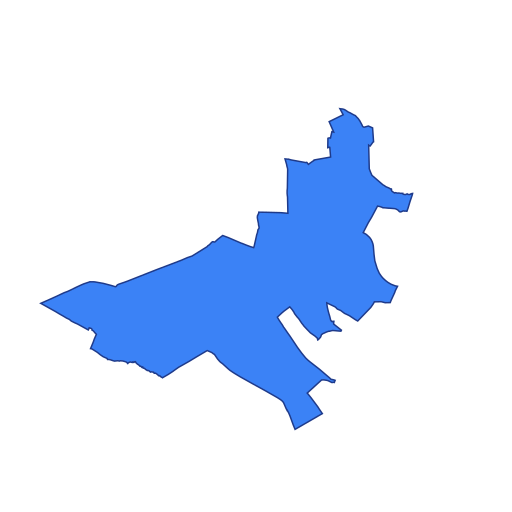 Romanesti, Iasi, Romania (Natural Earth projection), rotated 306°
{"feature_id": "2599482B96915203273112", "entity_name": "Romanesti", "entity_type": "district", "adm_level": 2, "iso_a3": "ROU", "parent_name": "Romania", "parent_adm1": "Iasi", "projection": "natural_earth1", "projection_center": [27.339, 47.277], "detail": "fine", "context": "isolated", "style": "filled", "palette": "blue", "viewbox_px": 512, "rotation_deg": 306, "n_neighbors": 0, "source": "geoboundaries", "source_scale": "gbopen_adm2", "svg_char_len": 6037}
<svg xmlns="http://www.w3.org/2000/svg" viewBox="0 0 512 512"><g transform="rotate(306 256 256)"><path d="M398.7,345.9L398.4,345.5L397.5,345.1L397.4,344.8L396.9,344.8L396.1,344.2L395.5,343.3L395.2,342.8L395.1,342.6L395.0,342.0L395.1,341.7L394.2,341.3L393.5,340.7L392.7,339.3L392.6,338.8L392.6,338.4L393.0,337.9L392.5,337.5L392.3,336.9L391.7,336.2L391.1,334.9L390.9,334.5L390.2,333.8L389.1,331.4L388.4,331.0L388.3,328.1L388.8,326.8L389.7,326.4L389.8,326.0L389.3,325.3L389.2,323.7L388.4,320.4L388.4,318.5L388.2,316.9L389.4,302.4L390.9,299.8L393.1,296.4L411.9,282.0L411.9,282.9L412.1,283.7L416.9,283.7L417.5,284.0L428.2,275.0L427.2,270.5L423.9,267.9L423.6,267.4L423.5,266.8L423.6,265.9L424.3,264.8L426.6,260.0L426.8,259.0L427.1,258.4L427.3,257.6L427.6,255.7L428.0,253.9L427.6,251.9L427.1,247.7L426.7,246.1L426.6,242.6L426.4,241.2L425.9,239.8L424.8,237.9L424.5,237.3L421.5,243.5L407.7,236.2L401.9,246.0L401.2,244.3L395.2,246.9L395.0,246.5L394.5,245.7L393.5,245.0L385.8,250.4L387.1,251.4L387.3,251.7L387.2,251.9L379.9,258.2L368.5,247.2L367.9,246.7L367.8,246.9L365.5,246.0L360.9,244.5L361.5,242.6L361.6,242.0L360.8,241.3L354.5,228.2L353.6,225.9L353.6,225.6L353.0,224.8L352.0,223.0L351.6,222.4L348.1,226.9L346.5,228.6L345.7,229.7L344.8,230.6L344.0,231.2L329.3,241.5L327.1,242.8L324.9,244.4L323.2,245.9L322.3,246.8L309.3,256.7L305.7,250.7L297.1,238.2L293.1,232.5L292.3,233.0L289.2,233.6L288.8,233.9L287.7,234.6L285.4,237.0L283.8,238.8L282.6,239.8L281.1,241.6L279.9,242.2L279.6,242.2L278.6,242.1L276.6,243.0L276.1,243.3L273.3,244.2L272.0,244.8L262.7,248.8L261.4,249.2L260.3,246.0L259.1,241.7L258.0,237.3L257.7,236.5L254.6,222.8L253.0,217.0L251.7,216.6L246.8,215.2L243.3,214.5L243.0,214.3L242.8,214.1L242.3,212.8L241.9,212.4L241.4,212.2L240.3,212.0L237.8,211.7L235.9,211.0L234.9,211.0L218.4,204.3L214.3,201.4L208.7,198.1L186.2,183.4L160.4,167.0L157.0,164.7L152.9,161.8L152.1,161.3L151.1,160.8L149.1,160.7L148.8,160.6L148.6,160.4L148.2,159.5L147.3,156.8L144.2,148.8L143.1,146.5L142.1,144.5L140.4,141.0L139.6,139.7L137.8,137.2L137.6,136.8L136.9,136.4L136.1,135.8L132.2,133.0L130.0,131.7L125.0,128.9L118.9,125.7L116.6,124.4L113.6,122.4L101.9,115.9L91.2,109.7L93.2,126.4L93.6,131.1L94.1,135.5L94.4,139.1L95.0,142.2L94.9,143.7L94.8,144.5L94.9,145.5L95.5,149.1L96.0,151.2L96.2,152.6L97.6,163.8L99.1,163.5L100.4,163.1L100.2,163.3L100.1,163.7L100.1,164.1L100.5,165.1L100.5,165.8L100.2,166.5L99.6,167.0L99.8,167.7L99.8,168.5L99.6,169.5L99.3,170.2L98.8,172.9L93.7,174.0L90.8,174.9L83.8,176.6L84.1,177.2L84.4,178.1L84.8,184.4L84.6,187.7L84.6,188.9L84.7,191.6L85.6,195.8L85.0,196.7L85.4,197.2L85.6,197.5L86.4,199.0L87.2,201.7L87.8,203.3L89.9,205.6L90.9,207.5L91.5,207.8L92.8,210.0L93.8,212.7L94.0,213.9L93.8,214.9L93.5,215.3L93.7,215.5L94.4,215.4L94.7,215.5L96.3,216.5L96.5,216.8L96.7,217.7L97.5,218.4L97.9,218.6L97.5,219.0L98.0,219.5L98.3,219.9L99.0,219.9L99.4,220.2L99.6,220.4L99.6,220.7L99.1,221.6L99.0,222.1L98.8,223.9L98.8,224.1L99.0,224.6L98.8,226.0L98.9,226.4L98.6,226.8L99.0,227.6L99.1,227.8L98.9,228.5L99.0,228.8L98.9,229.0L99.5,229.3L99.6,229.5L99.2,229.7L99.0,229.9L99.2,230.6L99.1,230.8L99.3,231.3L99.4,231.5L99.6,232.0L99.4,232.7L99.3,233.3L99.5,234.6L99.4,235.2L99.5,235.5L100.0,236.0L100.1,236.5L100.3,237.1L100.1,237.6L100.2,238.4L100.0,238.8L100.7,239.3L101.0,240.0L101.7,241.2L101.8,241.5L101.7,241.7L101.5,241.9L101.3,242.6L102.2,243.7L102.2,245.3L102.1,246.8L101.9,247.3L101.9,247.6L102.3,248.0L102.2,248.3L102.5,248.6L102.5,249.6L102.3,250.2L102.4,250.5L102.4,250.8L102.6,251.5L102.5,251.9L108.6,254.6L114.1,256.7L114.9,256.9L120.5,258.8L131.2,263.7L139.3,267.1L150.8,272.1L151.3,274.2L151.9,276.9L151.9,277.7L151.8,279.1L152.0,280.2L151.8,280.7L150.1,285.4L149.4,288.4L149.2,289.8L149.2,292.2L148.4,299.5L148.2,302.0L148.3,305.3L148.4,307.4L149.0,314.3L150.8,329.5L152.6,343.8L153.0,347.5L154.0,356.5L154.2,360.2L154.1,362.4L153.8,363.7L153.5,364.6L150.3,370.0L149.4,371.8L149.6,371.8L149.5,372.0L148.2,374.8L146.5,377.6L141.3,385.3L138.7,389.5L167.5,402.3L169.3,397.2L170.3,394.7L173.6,384.1L174.7,380.1L175.2,378.0L194.2,381.9L195.6,383.6L197.0,386.3L197.5,387.6L198.2,391.7L198.4,392.0L199.5,393.1L199.7,393.7L201.9,393.1L201.6,392.5L201.7,392.2L200.4,389.1L200.3,388.8L200.4,388.4L200.5,388.1L200.6,387.7L201.7,373.7L202.1,361.7L202.3,358.9L202.7,356.1L204.3,350.0L206.5,343.1L208.3,338.3L211.2,330.4L212.4,326.8L214.3,321.4L214.7,320.0L215.3,318.8L216.0,317.1L216.3,316.1L217.4,313.1L218.8,309.7L219.1,309.2L225.2,310.4L228.0,311.1L234.7,313.2L233.9,316.7L232.7,320.0L232.1,320.9L230.8,325.3L230.6,326.5L230.1,328.3L229.5,329.8L228.5,332.5L227.9,334.8L227.7,335.2L227.5,335.9L226.5,341.1L226.3,342.4L225.8,345.1L225.8,345.9L225.9,350.6L225.6,353.8L224.4,355.3L225.4,355.7L226.4,355.6L227.4,355.9L228.4,355.9L229.2,355.7L230.8,355.2L231.0,355.2L231.9,355.6L232.5,355.7L233.4,356.3L236.1,357.8L237.9,359.1L238.4,359.8L239.6,360.7L240.8,361.8L242.1,363.9L243.5,366.3L245.1,368.9L246.2,368.7L246.6,358.8L248.1,357.8L249.0,357.4L248.9,357.2L248.4,357.2L247.8,356.5L247.7,356.3L247.9,356.1L248.0,355.8L247.9,355.5L247.6,355.4L247.8,354.5L248.0,354.1L250.7,350.9L252.5,348.5L254.3,346.3L256.3,344.0L258.3,342.0L259.7,340.8L261.3,349.6L261.3,351.1L261.0,351.9L260.9,353.1L261.7,356.5L261.6,361.3L262.2,364.3L262.6,366.7L262.9,374.1L263.2,376.5L281.8,379.1L286.4,379.0L288.5,378.7L289.9,380.6L292.6,384.1L292.8,384.6L294.1,387.9L297.2,392.0L298.9,391.5L307.9,389.7L309.8,389.1L314.7,388.3L313.7,386.2L313.4,385.1L312.7,382.4L312.5,381.5L312.2,378.0L312.3,375.2L312.7,371.9L313.1,370.1L313.5,368.7L314.5,365.9L316.6,362.2L317.3,361.1L321.9,355.0L326.6,350.6L333.1,345.0L334.4,343.6L335.7,341.8L337.0,339.4L337.3,338.5L337.8,337.0L338.2,333.7L338.3,332.4L337.9,329.0L348.9,327.3L355.6,326.7L367.8,325.0L368.7,326.9L369.4,329.0L369.6,330.3L370.2,331.1L372.4,334.8L373.2,336.0L375.8,340.3L376.2,341.2L376.6,343.5L376.5,344.1L376.2,345.9L376.3,346.5L376.6,347.0L377.0,347.4L378.7,348.4L379.1,348.7L379.5,349.6L380.2,350.5L380.9,351.8L384.3,350.8L390.3,348.7L397.3,346.5L398.7,345.9Z" fill="#3b82f6" stroke="#1e3a8a" stroke-width="1.5"/></g></svg>